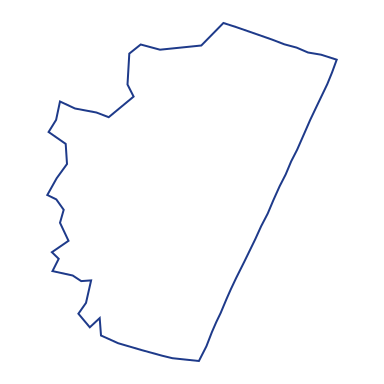 Xangri-lá, Rio Grande do Sul, Brazil
{"feature_id": "56859067B41490189665798", "entity_name": "Xangri-lá", "entity_type": "district", "adm_level": 2, "iso_a3": "BRA", "parent_name": "Brazil", "parent_adm1": "Rio Grande do Sul", "projection": "albers", "projection_center": [-50.07, -29.81], "detail": "fine", "context": "isolated", "style": "outline", "palette": "blue", "viewbox_px": 384, "rotation_deg": 0, "n_neighbors": 0, "source": "geoboundaries", "source_scale": "gbopen_adm2", "svg_char_len": 890}
<svg xmlns="http://www.w3.org/2000/svg" viewBox="0 0 384 384"><path d="M223.4,23.0L201.3,45.5L160.0,49.7L140.7,44.5L129.3,53.6L127.5,84.5L133.6,96.6L108.7,117.2L96.4,112.5L75.0,108.5L60.0,101.5L56.1,119.9L48.6,132.0L65.7,143.9L67.0,164.0L56.7,178.2L47.3,195.0L56.3,199.4L63.7,209.8L60.0,222.8L68.5,240.8L51.9,252.2L58.7,258.8L52.5,271.1L72.7,275.5L81.2,281.1L91.1,280.4L86.0,302.9L78.4,313.7L89.8,327.3L99.7,318.1L101.0,335.5L118.1,343.2L141.7,350.1L162.1,355.7L172.4,358.2L198.9,361.0L206.4,346.3L211.9,332.1L216.3,322.0L220.6,313.1L226.6,298.8L230.9,289.1L236.2,277.9L244.5,261.3L255.3,239.1L261.2,226.1L267.7,213.6L273.4,200.1L279.6,186.3L285.7,174.4L291.2,161.3L297.1,149.8L304.7,132.5L310.2,119.9L316.8,106.0L321.6,96.0L327.3,84.1L332.1,72.3L336.7,59.7L321.1,54.7L308.0,52.5L296.6,47.6L284.3,44.3L272.1,39.6L236.2,27.1L223.4,23.0Z" fill="none" stroke="#1e3a8a" stroke-width="2"/></svg>